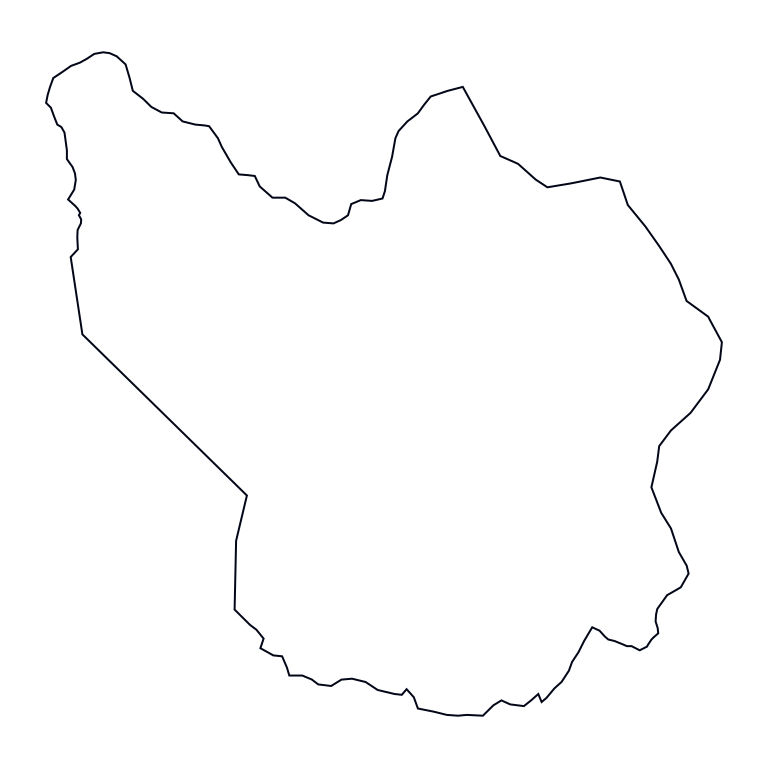 Ulu Selangor, Selangor, Malaysia (orthographic projection)
{"feature_id": "92858781B525446054982", "entity_name": "Ulu Selangor", "entity_type": "district", "adm_level": 2, "iso_a3": "MYS", "parent_name": "Malaysia", "parent_adm1": "Selangor", "projection": "orthographic", "projection_center": [101.562, 3.564], "detail": "fine", "context": "isolated", "style": "outline", "palette": "ink", "viewbox_px": 768, "rotation_deg": 0, "n_neighbors": 0, "source": "geoboundaries", "source_scale": "gbopen_adm2", "svg_char_len": 2127}
<svg xmlns="http://www.w3.org/2000/svg" viewBox="0 0 768 768"><path d="M68.1,199.5L75.3,206.0L77.6,208.6L80.2,212.9L78.9,215.2L81.2,219.4L80.9,223.4L79.6,226.0L77.6,230.0L77.3,237.5L77.9,249.3L70.7,257.0L82.4,334.4L246.9,495.5L236.1,540.8L234.6,609.6L250.0,624.9L256.4,629.7L263.6,638.6L260.4,648.2L273.3,655.4L282.1,656.3L286.9,667.5L289.3,675.5L302.2,675.5L311.8,679.5L318.2,684.4L331.1,686.0L341.5,679.6L352.0,678.7L365.6,682.0L377.7,690.0L394.6,694.0L401.8,694.8L406.6,689.2L413.8,697.2L417.9,708.5L433.9,711.7L446.8,714.9L458.0,715.7L466.9,714.9L482.9,715.7L493.4,705.3L501.4,700.4L510.2,704.4L523.9,706.1L531.1,700.4L538.3,694.0L541.6,702.0L546.4,698.0L554.4,688.4L561.6,681.9L568.9,670.7L572.1,661.9L578.5,652.2L584.1,641.0L592.2,627.3L599.6,630.7L604.7,636.4L608.3,639.5L614.5,641.0L622.2,644.1L626.8,646.1L631.5,646.1L639.7,650.3L646.2,647.0L646.9,646.7L648.4,644.1L651.5,639.5L654.1,636.9L658.2,633.3L657.7,628.1L655.6,621.5L656.1,614.3L657.3,608.9L667.1,595.2L680.8,587.3L688.6,573.6L686.7,565.7L678.8,552.0L671.0,528.5L661.2,512.8L651.4,487.3L657.2,461.8L659.2,446.1L671.0,430.4L690.6,412.8L708.2,389.3L720.0,359.8L721.9,342.2L710.5,321.1L708.2,316.7L686.6,301.0L678.8,279.5L670.9,263.8L659.2,246.1L645.4,226.5L627.8,205.0L619.9,181.5L600.3,177.5L570.9,183.4L547.4,187.3L535.6,179.5L518.0,163.8L500.3,156.0L484.7,126.6L462.8,86.9L447.5,90.9L430.7,96.5L424.3,104.5L417.8,113.4L407.4,121.4L398.6,131.0L395.4,138.2L392.1,156.7L387.3,175.2L384.9,191.2L382.5,198.5L372.1,200.9L360.8,200.1L351.2,204.1L348.0,215.3L340.8,220.1L333.5,223.4L323.1,222.6L308.6,215.3L295.0,203.3L285.3,197.7L272.5,197.7L259.7,186.4L254.8,176.0L248.4,175.2L238.8,174.4L230.7,162.3L221.9,147.1L217.9,138.2L209.1,126.2L204.3,125.4L195.4,124.6L182.6,121.4L173.7,113.3L161.7,112.5L151.3,106.9L143.2,98.9L132.8,90.8L129.6,78.0L125.6,64.4L116.7,56.3L109.5,53.1L103.1,52.3L94.3,53.9L87.0,58.7L79.8,62.7L71.0,65.9L62.9,71.6L53.3,78.0L50.1,86.8L47.7,94.8L46.1,102.9L50.9,107.7L54.1,116.5L57.3,124.6L61.3,127.0L64.5,132.6L66.9,150.3L66.9,159.1L72.6,167.1L75.0,173.5L75.8,180.0L74.2,189.6L68.1,199.5Z" fill="none" stroke="#020617" stroke-width="2"/></svg>